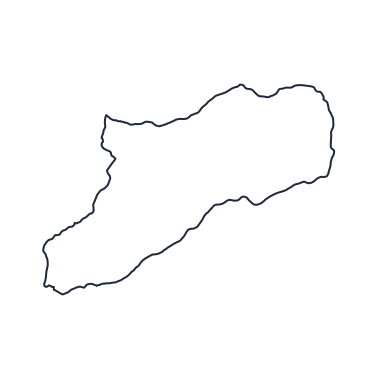 Chomphet, Louangphrabang, Laos, rotated 18°
{"feature_id": "54806243B51917372677648", "entity_name": "Chomphet", "entity_type": "district", "adm_level": 2, "iso_a3": "LAO", "parent_name": "Laos", "parent_adm1": "Louangphrabang", "projection": "equal_earth", "projection_center": [101.914, 19.859], "detail": "fine", "context": "isolated", "style": "outline", "palette": "slate", "viewbox_px": 384, "rotation_deg": 18, "n_neighbors": 0, "source": "geoboundaries", "source_scale": "gbopen_adm2", "svg_char_len": 5972}
<svg xmlns="http://www.w3.org/2000/svg" viewBox="0 0 384 384"><g transform="rotate(18 192 192)"><path d="M315.1,111.6L314.6,109.3L314.3,108.8L313.9,108.4L313.3,108.1L312.4,107.9L311.6,107.6L310.9,107.1L310.2,106.3L309.7,105.2L308.9,102.7L308.7,101.5L308.3,100.5L307.6,97.5L306.9,95.0L305.9,92.6L305.7,91.2L305.8,89.5L306.2,87.3L305.9,85.0L305.3,83.2L304.1,80.1L302.7,77.4L301.5,76.3L299.3,73.8L297.7,72.6L296.5,71.1L295.3,68.7L293.2,65.3L292.6,64.7L291.2,64.3L289.2,63.5L288.4,63.4L288.1,61.5L287.7,60.7L284.6,57.9L283.8,57.4L282.8,57.2L280.0,57.8L279.5,57.7L278.5,57.3L277.7,56.7L276.2,55.2L275.6,54.8L274.4,54.6L271.8,54.8L270.1,55.2L266.6,55.8L264.4,56.2L261.6,57.0L259.2,57.9L258.0,58.5L256.3,59.7L255.2,61.1L254.6,61.7L253.2,62.4L251.4,63.0L250.3,63.3L248.9,63.8L246.8,65.3L245.5,66.1L243.9,66.6L243.3,67.2L242.9,68.1L242.2,70.9L241.4,72.8L238.9,75.4L237.2,76.5L235.8,78.0L234.9,78.4L233.5,78.7L231.5,78.9L229.1,79.4L227.6,79.8L226.5,80.0L225.4,79.9L222.7,78.8L220.4,77.6L218.5,76.6L217.4,76.2L216.5,76.1L215.3,76.2L212.4,76.8L211.2,76.7L209.7,76.1L209.2,75.5L208.7,75.1L207.8,74.7L206.9,74.5L204.5,75.0L204.1,75.4L203.9,76.1L202.7,77.7L202.2,78.2L201.2,78.7L199.3,80.0L198.1,81.1L193.5,86.6L192.6,87.4L191.6,88.1L190.0,89.4L185.3,92.8L184.4,93.8L183.6,95.0L183.0,96.2L179.9,100.6L179.5,101.2L178.6,103.5L177.6,105.3L175.7,108.0L175.5,108.6L175.0,110.0L174.7,110.5L174.3,112.2L173.8,113.4L173.3,114.4L172.8,115.0L172.4,115.3L171.8,115.9L170.5,116.7L169.5,117.6L169.1,118.0L168.7,118.3L168.1,118.9L167.3,119.4L167.0,119.7L166.5,121.0L165.0,123.2L163.9,124.0L162.4,124.9L159.1,125.9L158.1,126.1L155.8,127.2L155.1,127.8L154.2,128.3L153.9,128.6L153.5,129.1L152.2,130.4L150.9,131.5L150.3,132.1L148.9,133.4L147.2,134.6L146.9,135.1L145.5,136.2L144.4,136.9L143.0,138.0L141.1,139.3L140.5,139.6L139.4,139.7L138.9,139.7L137.6,139.9L137.2,139.8L136.6,139.9L135.6,139.4L135.0,139.3L132.8,138.3L132.4,138.3L131.0,138.5L130.6,138.4L128.9,138.7L127.6,139.1L126.9,139.2L126.4,139.5L125.7,139.8L124.3,141.4L123.1,142.5L122.1,143.1L118.8,144.5L117.8,144.5L117.3,144.7L114.7,146.3L114.0,146.5L113.3,146.8L112.8,146.8L112.2,147.0L111.9,146.9L111.2,146.8L110.7,146.6L108.4,146.4L108.0,146.4L106.9,146.8L105.9,146.6L105.0,146.7L104.5,146.6L103.3,146.9L102.0,146.8L100.7,147.3L99.4,147.5L98.8,147.5L97.8,147.2L97.1,147.4L96.0,147.8L94.1,147.9L91.2,147.3L90.4,146.8L89.7,146.5L88.5,146.2L87.5,145.6L86.9,145.5L86.6,145.6L86.6,148.1L87.1,150.8L87.6,152.8L88.7,155.1L89.4,156.8L89.2,159.1L88.9,160.6L89.3,162.6L89.2,167.2L89.3,167.4L89.2,167.7L89.6,168.1L89.5,168.6L90.5,169.2L90.9,169.8L91.1,170.2L91.2,170.6L91.5,170.9L91.7,171.3L91.8,171.7L91.3,172.9L91.1,173.7L91.2,174.1L91.6,175.2L91.6,175.6L92.0,176.1L93.3,177.3L95.1,178.1L96.7,178.3L98.1,178.6L99.7,178.6L101.7,178.9L102.6,179.6L103.4,181.0L104.3,182.3L105.8,182.6L107.6,183.2L108.8,184.0L108.9,184.6L107.4,188.6L105.4,194.9L104.7,196.9L104.6,197.8L105.4,199.3L107.4,201.1L109.1,202.3L109.9,203.9L110.0,205.8L109.9,209.2L109.7,211.6L108.2,214.7L107.1,216.4L105.7,217.6L104.6,218.7L103.8,220.7L102.7,223.9L102.5,227.5L101.9,234.7L103.9,239.0L104.3,240.8L103.9,242.2L103.3,243.3L101.9,244.0L100.6,245.7L99.7,247.6L98.7,249.1L97.0,250.6L95.9,252.1L94.9,254.9L91.7,257.6L90.0,257.7L90.2,259.6L88.9,261.8L85.6,263.5L83.6,266.8L80.8,269.0L79.8,271.1L79.2,273.5L77.2,274.6L75.2,275.3L74.4,277.7L73.4,280.0L72.3,280.7L70.5,282.0L69.3,284.2L68.0,288.5L68.1,291.0L68.5,293.6L69.8,295.0L71.8,296.2L73.4,298.5L74.9,300.2L76.3,302.9L77.5,306.5L78.1,312.5L78.7,315.2L79.3,317.7L79.9,321.8L79.8,325.0L80.8,327.1L82.7,327.3L83.8,326.4L84.7,325.1L86.3,325.0L88.5,325.6L89.8,325.0L90.9,327.7L92.2,327.7L97.9,329.0L100.6,329.4L102.1,328.3L103.8,326.6L104.5,326.4L105.4,325.3L107.2,322.4L112.2,318.1L114.0,316.9L115.3,316.5L117.5,316.5L118.5,316.3L119.2,316.1L119.7,314.8L120.3,313.2L121.0,312.3L122.9,311.1L124.7,310.4L125.8,310.3L128.8,310.5L130.1,310.3L130.4,310.6L131.3,309.7L132.6,309.1L134.0,307.8L135.1,307.0L136.2,306.5L137.9,305.9L138.6,305.5L138.8,305.2L139.3,305.0L140.1,304.9L141.7,304.3L144.2,302.9L147.1,301.6L147.8,301.1L149.5,299.5L150.9,298.5L151.6,297.9L154.6,294.2L155.0,293.9L155.4,293.6L156.6,291.8L157.3,290.9L159.3,286.5L161.0,284.2L161.2,283.6L161.3,283.0L161.8,281.8L162.7,280.3L163.6,279.4L164.0,278.4L164.3,277.5L164.7,276.2L165.1,274.7L166.1,272.5L167.5,270.6L168.2,269.5L168.6,269.2L168.9,268.7L169.4,268.2L170.8,266.8L171.7,265.6L172.5,265.0L173.1,264.2L173.8,263.7L177.2,262.2L178.2,261.6L180.0,260.3L182.4,257.9L182.8,257.0L183.1,256.1L184.3,255.0L186.7,251.5L187.5,250.8L188.5,249.5L189.8,248.1L190.1,247.6L190.5,247.1L191.3,246.3L191.8,245.9L193.2,244.3L194.1,243.6L195.1,242.7L195.6,242.2L196.0,241.4L196.2,240.9L198.0,236.8L199.3,231.2L199.9,229.4L201.2,228.0L202.0,227.6L202.6,227.2L203.8,226.8L205.2,226.1L206.2,225.2L207.6,223.7L208.1,222.7L208.4,221.5L209.2,219.2L209.8,217.2L210.5,214.5L211.0,211.3L211.2,210.6L211.9,208.9L212.2,208.0L213.3,206.8L214.9,203.0L215.9,201.0L216.5,199.3L217.0,198.4L217.5,197.7L218.3,197.0L219.0,196.6L219.7,196.3L222.5,195.1L223.9,194.3L225.2,193.1L226.5,191.6L228.1,189.3L229.2,188.4L230.7,187.7L232.8,187.4L234.2,187.3L236.4,186.6L237.4,186.2L238.4,185.4L239.3,184.3L240.0,182.8L240.7,181.7L241.4,181.0L242.8,180.3L244.5,180.3L245.5,180.3L246.7,181.0L248.6,182.2L250.2,183.0L253.7,184.5L254.7,184.6L255.6,184.7L257.5,184.2L258.5,183.5L259.1,183.0L260.7,181.8L261.3,181.2L263.2,178.4L264.2,176.4L268.0,171.6L269.3,170.5L269.7,169.9L272.6,167.2L275.8,164.8L277.1,164.0L280.3,161.6L281.8,160.0L282.7,158.8L283.7,157.8L285.4,155.8L286.6,154.1L287.3,153.4L288.3,152.6L289.6,151.8L290.6,151.2L294.2,148.3L295.1,147.7L296.0,147.5L298.2,147.7L300.2,147.7L300.9,147.3L302.8,146.2L304.1,144.8L305.2,143.3L306.3,141.5L307.2,140.2L308.8,138.6L310.6,137.5L312.7,137.0L314.8,135.9L315.3,135.4L315.6,134.6L315.9,132.9L316.0,132.2L315.8,131.2L315.7,127.6L315.7,126.3L315.6,125.5L315.7,124.8L314.7,120.4L314.5,116.3L315.1,113.5L315.1,111.6Z" fill="none" stroke="#1e293b" stroke-width="2"/></g></svg>